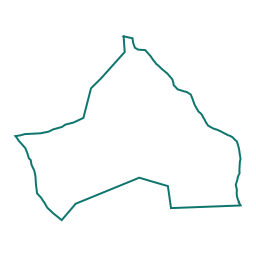 the district of Chase Gardens, Castries, Saint Lucia
{"feature_id": "8701671B45925024878482", "entity_name": "Chase Gardens", "entity_type": "district", "adm_level": 2, "iso_a3": "LCA", "parent_name": "Saint Lucia", "parent_adm1": "Castries", "projection": "orthographic", "projection_center": [-60.972, 14.016], "detail": "fine", "context": "isolated", "style": "outline", "palette": "teal", "viewbox_px": 256, "rotation_deg": 0, "n_neighbors": 0, "source": "geoboundaries", "source_scale": "gbopen_adm2", "svg_char_len": 2244}
<svg xmlns="http://www.w3.org/2000/svg" viewBox="0 0 256 256"><path d="M171.0,208.1L239.8,205.5L240.1,205.5L240.6,205.4L240.4,205.0L238.7,202.5L239.1,202.2L238.7,201.2L238.1,200.0L237.7,199.1L237.3,197.4L237.0,196.3L236.8,195.1L236.7,194.0L236.7,192.1L236.8,191.2L236.9,190.0L236.7,188.9L236.3,187.1L236.0,186.1L235.8,184.8L236.1,183.8L236.6,182.1L236.9,181.1L237.3,180.0L237.5,178.9L237.6,178.3L237.8,177.3L238.6,175.1L239.3,173.9L239.6,173.0L239.5,172.2L239.3,171.4L239.5,170.6L239.4,169.3L239.5,167.7L239.6,166.5L239.6,165.4L239.8,163.9L239.8,162.7L240.0,161.2L240.3,160.0L240.5,158.9L240.1,156.1L239.5,152.5L239.3,150.7L239.0,148.9L238.2,145.8L236.9,141.5L236.4,141.0L235.4,140.2L233.9,138.7L233.0,137.7L232.1,137.0L230.9,136.3L230.2,135.9L229.2,135.6L227.8,135.1L226.6,134.4L225.2,133.7L223.6,132.9L222.3,132.2L221.2,131.6L220.4,131.2L219.6,130.9L218.6,130.4L217.4,129.8L215.4,129.2L214.3,128.8L213.3,128.5L212.0,127.8L211.0,127.2L209.8,126.6L208.1,125.6L206.7,123.5L205.4,121.4L204.8,119.9L203.2,117.4L202.6,115.9L202.0,115.0L201.1,113.8L200.3,113.0L199.2,112.2L198.3,111.3L197.9,110.5L197.1,109.1L196.2,107.7L195.2,105.8L194.5,104.4L193.9,102.8L192.7,99.4L191.2,95.6L190.8,94.6L190.1,94.1L188.5,93.1L187.0,92.1L186.0,91.8L184.9,91.6L184.1,91.4L182.2,90.8L180.8,90.3L178.4,89.6L177.5,89.2L176.7,88.3L175.9,87.4L175.0,86.5L173.8,85.4L173.6,84.5L173.4,83.1L172.8,81.0L172.4,79.4L171.7,78.6L170.8,77.6L169.8,76.4L169.0,75.5L168.1,74.4L167.1,73.3L165.8,72.3L164.0,70.7L163.0,70.0L161.9,69.0L161.0,68.2L160.2,67.4L159.3,66.5L158.2,65.5L157.5,64.9L156.4,64.1L155.4,62.7L154.8,61.9L153.6,60.6L153.1,59.8L152.2,58.6L151.0,56.7L150.2,55.7L149.4,54.8L148.3,53.6L146.9,52.0L145.2,50.1L138.0,49.6L134.9,47.7L133.1,42.7L132.5,38.3L123.9,36.4L124.6,35.9L123.6,36.2L124.7,52.0L102.1,77.2L101.4,78.0L91.0,88.3L83.4,117.9L73.4,122.6L65.4,124.6L61.9,127.0L53.1,129.4L48.5,131.7L43.4,132.7L40.5,133.3L24.8,134.1L20.6,135.3L15.4,136.1L16.9,137.9L18.8,140.8L25.3,148.1L27.2,152.7L28.9,158.3L30.7,160.1L31.5,164.7L34.3,170.7L35.4,175.8L36.0,184.9L37.1,193.4L41.0,197.6L43.6,201.6L44.0,201.9L47.2,207.6L53.3,213.4L61.7,220.1L69.5,211.0L75.3,204.2L75.5,203.8L139.3,177.7L147.3,180.1L167.9,186.1L171.0,208.1Z" fill="none" stroke="#0f766e" stroke-width="2"/></svg>